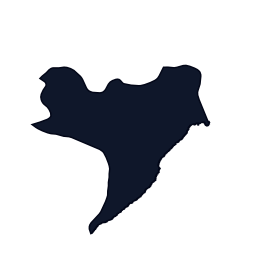 the district of Distrito Nacional, Distrito Nacional, Dominican Republic, rotated 338°
{"feature_id": "3306468B63097535879723", "entity_name": "Distrito Nacional", "entity_type": "district", "adm_level": 2, "iso_a3": "DOM", "parent_name": "Dominican Republic", "parent_adm1": "Distrito Nacional", "projection": "orthographic", "projection_center": [-69.932, 18.483], "detail": "fine", "context": "isolated", "style": "filled", "palette": "ink", "viewbox_px": 256, "rotation_deg": 338, "n_neighbors": 0, "source": "geoboundaries", "source_scale": "gbopen_adm2", "svg_char_len": 5931}
<svg xmlns="http://www.w3.org/2000/svg" viewBox="0 0 256 256"><g transform="rotate(338 128 128)"><path d="M54.0,212.0L55.2,212.0L55.2,211.6L55.9,211.6L55.9,211.2L56.6,211.2L56.6,210.8L57.3,210.8L57.3,210.4L58.1,210.4L58.1,210.1L58.4,210.1L58.4,209.7L59.5,209.7L59.5,209.3L60.2,209.3L60.2,208.9L60.6,208.9L60.6,208.5L61.3,208.5L61.3,208.2L61.7,208.2L61.7,207.8L62.8,207.8L62.8,207.4L63.1,207.4L63.1,207.0L63.8,207.0L63.8,206.6L67.1,206.6L67.1,206.3L68.2,206.3L68.2,205.9L68.9,205.9L68.9,206.3L70.3,206.3L70.3,206.6L71.4,206.6L71.4,207.0L73.2,207.0L73.2,206.6L73.9,206.6L73.9,206.3L76.8,206.3L76.8,206.6L78.6,206.6L78.6,206.3L79.4,206.3L79.4,205.9L80.1,205.9L80.1,205.5L80.8,205.5L80.8,205.1L81.9,205.1L81.9,204.7L82.2,204.7L82.2,205.1L83.3,205.1L83.3,204.7L84.8,204.7L84.8,204.4L85.1,204.4L85.1,204.0L85.5,204.0L85.5,203.6L86.9,203.6L86.9,203.2L89.8,203.2L89.8,202.8L90.2,202.8L90.2,202.5L90.5,202.5L90.5,202.1L91.6,202.1L91.6,201.7L94.1,201.7L94.1,201.3L94.5,201.3L94.5,200.9L95.2,200.9L95.2,200.6L95.9,200.6L95.9,200.2L97.4,200.2L97.4,200.6L98.1,200.6L98.1,200.2L98.8,200.2L98.8,199.8L99.2,199.8L99.2,199.4L99.9,199.4L99.9,199.0L100.6,199.0L100.6,198.7L101.0,198.7L101.0,198.3L102.1,198.3L102.1,198.7L103.2,198.7L103.2,199.0L103.9,199.0L103.9,198.7L104.2,198.7L104.2,198.3L104.6,198.3L104.6,197.9L106.8,197.9L106.8,197.5L108.2,197.5L108.2,197.9L108.9,197.9L108.9,197.5L109.7,197.5L109.7,197.1L110.4,197.1L110.4,196.8L111.8,196.8L111.8,196.4L114.0,196.4L114.0,196.0L114.3,196.0L114.3,195.6L115.1,195.6L115.1,195.2L115.4,195.2L115.4,194.9L116.2,194.9L116.2,194.5L117.2,194.5L117.2,194.1L119.4,194.1L119.4,193.3L120.1,193.3L120.1,192.6L120.5,192.6L120.5,192.2L121.2,192.2L121.2,191.8L121.6,191.8L121.6,191.4L123.0,191.4L123.0,191.1L125.2,191.1L125.2,190.7L126.3,190.7L126.3,190.3L127.0,190.3L127.0,189.9L127.3,189.9L127.3,189.5L127.7,189.5L127.7,189.2L128.1,189.2L128.1,188.8L128.8,188.8L128.8,188.4L129.1,188.4L129.1,188.0L129.5,188.0L129.5,187.6L131.3,187.6L131.3,187.3L132.0,187.3L132.0,186.9L133.5,186.9L133.5,186.5L134.2,186.5L134.2,185.4L134.6,185.4L134.6,185.0L134.9,185.0L134.9,183.8L135.6,183.8L135.6,183.5L136.0,183.5L136.0,182.7L136.7,182.7L136.7,182.3L137.1,182.3L137.1,181.6L138.5,181.6L138.5,180.8L139.6,180.8L139.6,180.4L140.3,180.4L140.3,178.9L140.7,178.9L140.7,178.5L141.0,178.5L141.0,178.1L141.4,178.1L141.4,177.7L142.5,177.7L142.5,177.4L142.1,177.4L142.1,177.0L141.8,177.0L141.8,176.6L142.1,176.6L142.1,176.2L141.8,176.2L141.8,174.3L142.1,174.3L142.1,173.6L142.5,173.6L142.5,173.2L142.9,173.2L142.9,172.4L143.2,172.4L143.2,172.0L143.6,172.0L143.6,171.7L143.9,171.7L143.9,171.3L144.3,171.3L144.3,170.9L144.7,170.9L144.7,170.5L145.0,170.5L145.0,170.1L145.4,170.1L145.4,169.8L146.1,169.8L146.1,169.4L146.5,169.4L146.5,169.0L147.2,169.0L147.2,168.6L147.5,168.6L147.5,168.2L148.3,168.2L148.3,167.9L150.4,167.9L150.4,167.5L151.1,167.5L151.1,167.1L151.5,167.1L151.5,166.7L151.9,166.7L151.9,166.3L152.2,166.3L152.2,166.0L153.3,166.0L153.3,165.6L154.4,165.6L154.4,165.2L155.1,165.2L155.1,164.8L156.6,164.8L156.6,164.4L157.6,164.4L157.6,164.1L158.4,164.1L158.4,163.7L158.7,163.7L158.7,163.3L160.5,163.3L160.5,162.9L160.9,162.9L160.9,162.5L161.6,162.5L161.6,162.2L162.3,162.2L162.3,161.8L163.0,161.8L163.0,161.4L163.4,161.4L163.4,161.0L163.8,161.0L163.8,161.4L164.5,161.4L164.5,161.0L165.9,161.0L165.9,160.6L166.3,160.6L166.3,159.9L166.7,159.9L166.7,159.5L168.5,159.5L168.5,159.9L169.5,159.9L169.5,159.5L169.9,159.5L169.9,159.1L170.6,159.1L170.6,158.7L171.7,158.7L171.7,158.3L172.4,158.3L172.4,158.7L173.2,158.7L173.1,158.3L173.9,158.3L173.9,158.0L174.6,158.0L174.6,157.6L175.0,157.6L175.0,157.2L175.7,157.2L175.7,156.8L176.4,156.8L176.4,156.5L177.1,156.5L177.1,156.1L177.8,156.1L177.8,155.7L178.6,155.7L178.6,155.3L179.6,155.3L179.6,154.9L180.4,154.9L180.4,154.5L180.7,154.5L180.7,154.2L181.1,154.2L181.1,153.4L181.4,153.4L181.4,153.0L181.8,153.0L181.8,152.6L182.5,152.6L182.5,152.3L182.9,152.3L182.9,151.9L183.6,151.9L183.6,151.5L184.0,151.5L184.0,150.4L184.7,150.4L184.7,150.0L185.4,150.0L185.4,149.6L186.1,149.6L186.1,149.2L186.5,149.2L186.5,148.8L186.8,148.8L186.8,149.2L187.2,149.2L187.2,148.8L190.5,148.8L190.5,149.6L191.2,149.6L191.2,150.0L191.9,150.0L191.9,149.6L192.3,149.6L192.3,149.2L193.3,149.2L193.3,149.6L194.8,149.6L194.8,150.4L194.1,150.4L194.1,151.5L194.4,151.5L194.4,150.7L196.6,150.7L196.6,150.4L199.1,150.4L199.1,150.7L200.2,150.7L200.2,151.1L200.9,151.1L200.9,151.9L201.3,151.9L201.3,152.3L200.6,152.3L200.6,152.6L200.9,152.6L200.9,154.2L201.3,154.2L201.3,154.5L201.6,154.5L201.6,155.3L202.7,155.3L202.7,155.7L203.1,155.7L203.1,155.3L203.8,155.3L203.8,154.9L204.2,154.9L204.2,154.5L204.9,154.5L204.9,153.4L205.6,153.4L205.6,152.3L206.0,152.3L204.6,152.1L204.5,128.6L204.9,123.6L205.9,120.8L207.0,119.3L211.2,114.2L214.8,107.4L215.4,105.8L215.6,103.2L215.0,101.4L214.0,99.7L212.1,97.5L208.4,94.0L205.2,91.7L202.5,90.8L196.1,90.1L193.4,89.5L188.0,86.7L183.7,85.0L176.6,91.3L174.3,92.9L172.5,93.6L170.6,94.0L165.6,94.3L159.6,94.1L155.7,93.5L153.9,92.9L146.9,89.5L140.8,85.5L139.9,84.4L138.7,81.0L137.9,79.7L136.5,78.8L134.9,78.4L131.3,78.3L128.6,78.8L126.2,80.1L121.9,83.7L120.3,84.7L117.8,85.4L115.2,85.0L108.4,81.7L106.5,80.0L105.4,78.6L104.7,76.9L104.4,75.0L104.0,66.0L103.7,64.1L103.2,62.3L99.4,54.4L97.0,51.5L94.0,49.0L91.5,47.7L86.3,46.4L80.9,44.2L79.2,44.0L76.7,44.5L73.0,46.2L67.9,47.8L64.9,49.1L68.2,54.0L68.6,55.5L68.4,57.1L67.6,58.4L63.7,61.0L60.3,64.2L58.8,66.6L58.2,69.3L58.2,71.2L58.5,73.0L59.1,74.6L61.1,78.3L61.8,81.2L62.0,85.0L61.2,87.6L60.7,88.4L59.1,89.3L56.5,89.8L48.6,89.6L40.4,88.9L43.0,93.1L44.5,95.1L47.6,98.5L51.6,102.2L54.4,104.3L59.1,106.7L65.3,111.5L70.0,113.9L72.2,115.6L93.8,137.2L95.8,140.3L96.3,142.0L96.8,147.3L96.7,153.7L96.4,156.4L95.8,159.0L93.4,163.5L92.1,166.7L89.5,171.1L88.2,174.4L85.7,178.8L83.9,182.9L82.2,185.0L79.7,187.8L71.5,195.5L69.2,197.0L58.3,202.1L56.3,203.6L55.2,205.0L54.3,207.2L54.0,212.0Z" fill="#0f172a" stroke="#020617" stroke-width="1.5"/></g></svg>